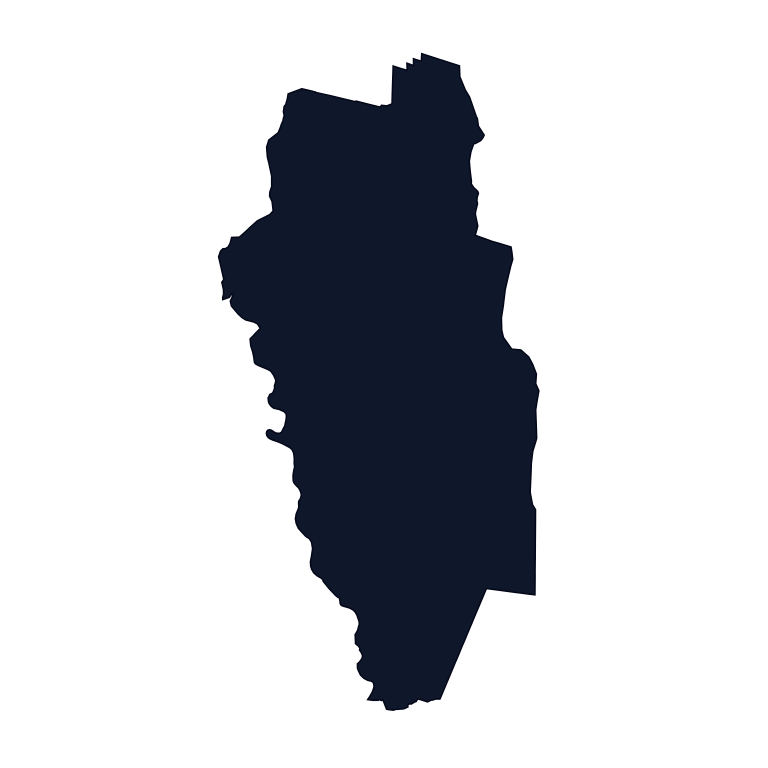 Atoyatempan, Puebla, Mexico, rotated 355°
{"feature_id": "50627088B54024314653329", "entity_name": "Atoyatempan", "entity_type": "district", "adm_level": 2, "iso_a3": "MEX", "parent_name": "Mexico", "parent_adm1": "Puebla", "projection": "mercator", "projection_center": [-97.911, 18.804], "detail": "fine", "context": "isolated", "style": "filled", "palette": "ink", "viewbox_px": 768, "rotation_deg": 355, "n_neighbors": 0, "source": "geoboundaries", "source_scale": "gbopen_adm2", "svg_char_len": 5199}
<svg xmlns="http://www.w3.org/2000/svg" viewBox="0 0 768 768"><g transform="rotate(355 384 384)"><path d="M412.3,702.7L428.0,672.9L430.7,667.7L432.4,664.6L434.7,660.3L437.5,654.8L440.1,649.9L441.5,647.4L443.2,644.1L445.0,640.6L446.1,638.6L447.1,636.7L448.0,634.9L450.8,629.7L451.3,628.7L453.0,625.4L455.7,620.3L456.2,619.4L459.4,613.4L464.2,604.3L468.2,596.7L480.5,599.4L492.1,602.0L499.7,603.7L500.4,603.8L503.5,604.5L507.5,605.4L512.7,606.5L516.0,607.2L516.7,599.9L517.3,593.5L517.4,592.7L517.6,590.1L517.8,588.3L518.2,583.3L518.6,579.2L518.9,576.3L519.1,573.8L519.4,571.5L519.7,567.9L520.4,560.8L521.1,553.0L521.4,550.1L522.7,536.4L522.8,535.4L524.0,522.4L521.4,517.1L520.7,510.0L520.2,504.8L520.6,501.2L520.9,499.2L521.5,494.5L522.4,487.8L523.9,475.7L526.3,464.2L526.5,463.6L529.8,455.4L530.3,454.2L531.3,451.6L531.4,450.6L531.7,445.7L532.0,439.9L532.4,432.2L532.6,428.3L532.9,422.8L533.6,420.1L534.6,415.9L536.7,407.9L537.7,404.2L535.9,399.0L535.3,397.3L535.2,396.7L536.7,387.4L533.8,377.3L530.5,369.6L530.1,369.2L527.7,366.7L523.8,362.5L523.3,362.0L517.3,360.9L514.3,360.4L513.3,358.7L507.8,349.3L507.0,347.9L506.6,345.1L506.2,342.1L506.0,340.5L506.7,328.7L507.2,326.4L509.7,316.3L510.2,313.8L510.7,311.3L512.9,301.0L513.0,300.6L514.6,295.5L518.0,285.1L520.8,276.8L521.3,275.6L523.1,271.1L522.9,264.0L522.5,258.6L522.3,258.5L511.1,254.0L503.8,251.2L501.3,250.0L487.9,243.8L490.0,238.1L491.2,234.7L490.3,227.2L489.8,222.8L490.3,220.3L490.3,220.2L490.4,219.9L492.9,212.5L492.7,210.8L492.5,209.8L493.1,206.2L494.7,202.3L494.4,201.2L494.2,200.3L490.5,196.1L488.8,193.0L488.4,192.3L488.8,189.1L488.7,187.6L488.4,179.6L488.4,179.0L488.4,169.5L488.5,169.1L490.7,160.7L490.8,160.3L494.5,152.1L495.6,152.5L500.3,150.5L501.9,149.7L504.2,147.1L505.5,144.8L500.5,135.3L500.2,128.6L500.1,127.3L499.6,126.8L498.5,122.6L495.3,109.7L494.6,107.0L494.2,105.5L490.6,98.1L486.3,84.4L486.4,83.4L486.9,73.6L475.6,68.9L470.1,66.5L469.4,66.3L464.3,64.1L463.6,63.8L456.7,60.9L455.5,60.4L450.4,58.2L449.3,65.4L449.2,65.7L441.7,62.5L441.2,69.3L434.8,66.4L434.4,73.5L428.1,71.1L420.8,68.0L420.0,75.2L419.0,83.2L417.6,95.1L417.1,99.4L416.6,103.9L416.4,105.6L411.0,107.2L407.3,106.4L405.8,106.1L404.3,107.8L393.9,104.3L380.8,99.7L380.5,100.2L380.4,100.4L356.3,92.3L341.0,87.5L341.1,87.1L339.7,86.8L338.8,86.3L327.9,82.7L313.8,86.6L312.4,92.0L311.2,95.0L310.4,97.2L308.8,98.6L307.9,102.4L307.8,102.7L307.5,104.1L308.0,107.8L306.9,110.6L306.8,111.1L306.2,113.1L304.5,116.2L303.9,117.5L303.0,119.6L300.5,124.4L298.7,125.6L290.5,130.9L288.9,134.9L287.7,137.8L287.6,145.6L287.6,147.8L288.6,154.2L289.0,157.5L290.2,167.1L289.3,177.6L287.0,182.8L286.4,186.9L288.3,192.2L288.4,192.7L288.6,199.0L288.6,201.9L285.1,205.2L272.2,210.3L264.7,215.9L260.2,219.5L252.7,225.1L245.0,224.7L243.0,230.3L242.0,231.9L240.7,233.8L238.0,235.3L235.3,235.2L232.7,237.4L230.3,242.9L231.2,248.9L233.5,265.9L231.3,268.5L232.3,275.9L232.0,280.6L230.8,283.8L230.7,285.9L237.4,284.2L240.5,280.8L241.6,281.8L238.1,288.1L238.8,293.1L245.0,301.8L248.5,305.6L251.8,308.1L259.7,310.9L260.5,311.4L263.2,313.1L265.6,317.8L260.3,322.3L258.2,324.3L256.3,325.9L254.5,327.4L254.6,334.3L256.0,340.6L256.6,345.9L256.8,350.0L256.9,351.5L257.8,352.8L260.4,354.6L265.4,357.2L269.6,359.4L272.4,361.4L274.8,365.7L276.5,370.5L276.1,372.9L274.8,375.9L274.5,379.0L273.7,380.7L272.3,383.3L269.3,384.5L268.7,385.7L267.3,387.8L267.4,391.6L267.8,393.4L269.6,396.3L272.0,398.5L273.9,399.1L277.6,400.3L282.3,403.0L283.9,405.4L283.9,408.1L283.0,412.2L282.3,414.2L281.5,417.1L279.6,419.9L277.8,423.0L275.8,424.0L274.0,423.8L271.8,423.3L269.6,421.7L268.1,420.4L266.2,419.6L264.6,419.7L263.8,420.4L263.1,421.0L262.5,423.0L262.8,425.2L263.8,427.0L265.1,428.3L268.4,430.2L272.6,432.0L277.1,434.3L281.5,437.1L284.7,439.2L286.6,441.2L287.9,444.6L288.1,447.5L288.1,450.8L287.6,455.3L287.7,459.0L286.6,462.1L285.4,467.1L285.1,472.6L286.1,475.4L287.7,477.5L289.9,480.1L290.8,482.1L291.5,484.1L291.9,486.4L291.8,487.8L291.3,489.4L290.6,491.1L289.9,492.0L288.8,493.3L288.5,495.8L288.4,499.1L287.6,501.2L285.2,505.8L284.0,510.6L284.4,515.3L286.1,520.2L288.6,523.6L292.8,529.0L296.2,531.6L298.0,535.3L298.5,541.8L296.8,549.1L295.2,554.7L295.1,559.3L295.8,562.3L297.6,566.1L300.7,569.3L304.6,572.0L306.0,573.6L306.2,575.2L307.1,576.6L311.3,582.8L314.7,587.1L317.5,590.6L319.5,592.5L320.9,593.4L321.2,596.0L321.2,599.0L322.1,600.8L324.3,601.9L327.3,603.0L330.7,604.4L333.6,606.5L335.5,608.8L336.9,612.0L338.5,618.6L338.4,621.3L337.4,623.8L336.3,626.9L335.0,629.0L333.4,631.1L333.2,636.2L333.0,640.2L335.5,642.7L337.0,645.0L336.4,646.8L337.1,648.1L337.9,649.5L338.9,652.4L338.5,654.9L337.1,656.8L335.5,658.6L333.1,660.5L332.8,664.7L333.4,667.1L335.2,671.8L338.3,675.4L342.0,677.8L345.2,678.8L347.0,680.1L347.6,681.8L347.7,684.6L347.2,686.1L345.4,690.0L342.3,694.4L340.2,697.0L345.5,698.2L347.6,698.3L350.4,698.6L352.2,698.1L353.8,699.1L355.4,698.5L358.2,708.2L359.9,708.7L360.8,708.9L362.1,709.2L365.2,709.8L366.9,709.2L375.5,709.3L376.0,709.1L379.7,707.8L379.6,706.4L380.6,705.0L382.1,705.0L383.3,705.2L384.6,704.6L386.9,703.4L388.2,703.2L388.9,702.3L390.3,700.6L399.7,704.5L403.2,703.1L405.9,703.0L407.0,702.4L408.6,702.4L412.3,702.7Z" fill="#0f172a" stroke="#020617" stroke-width="1.5"/></g></svg>